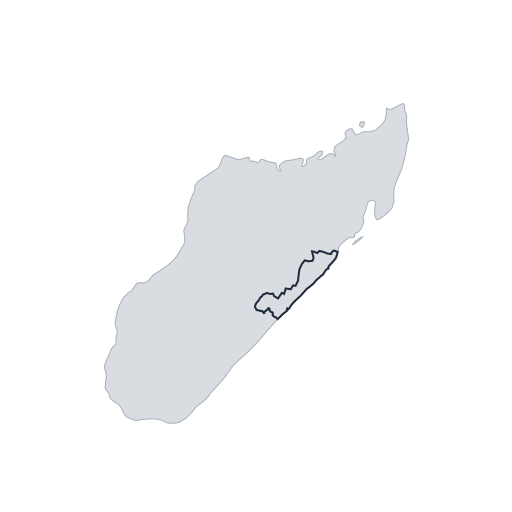 location of Atsinanana within Madagascar, rotated 26°
{"feature_id": "MDG-5868", "entity_name": "Atsinanana", "entity_type": "Autonomous Province", "adm_level": 1, "iso_a3": "MDG", "parent_name": "Madagascar", "parent_adm1": "", "projection": "albers", "projection_center": [48.339, -18.983], "detail": "fine", "context": "in_parent", "style": "outline", "palette": "slate", "viewbox_px": 512, "rotation_deg": 26, "n_neighbors": 0, "source": "natural_earth", "source_scale": "10m", "svg_char_len": 5615}
<svg xmlns="http://www.w3.org/2000/svg" viewBox="0 0 512 512"><g transform="rotate(26 256 256)"><path d="M330.6,65.2L331.9,68.3L333.4,71.3L338.3,78.6L340.3,81.4L342.1,84.3L342.9,90.2L345.9,99.4L348.7,113.2L349.5,127.3L350.3,133.8L352.5,139.9L356.1,146.3L357.2,153.3L354.9,160.6L351.5,167.4L350.7,168.6L349.1,170.4L348.4,170.3L345.9,168.5L343.8,165.6L341.1,158.8L340.2,155.3L339.0,154.7L335.9,155.0L333.6,157.1L333.1,158.5L333.6,162.3L334.4,165.8L334.8,169.3L334.8,173.7L335.7,175.0L336.9,176.2L338.2,179.1L338.4,186.0L337.5,189.4L335.3,192.4L335.4,194.0L336.2,195.7L335.4,196.8L332.5,198.0L331.3,199.2L329.7,202.2L327.1,208.4L326.7,211.5L328.2,221.2L327.7,228.0L324.4,241.1L322.5,247.3L319.8,254.7L315.7,264.4L311.7,276.7L308.3,289.3L305.7,296.9L302.9,304.3L299.0,317.5L295.7,330.9L290.9,345.7L284.2,362.1L283.5,364.2L282.1,372.6L280.7,379.9L278.9,387.1L275.2,399.0L274.8,402.7L274.0,406.2L270.5,413.7L269.0,416.5L267.9,419.4L267.3,423.1L266.3,426.8L263.7,433.4L259.9,439.1L257.3,441.2L251.6,444.3L248.7,444.9L242.3,445.0L236.2,446.8L229.7,450.2L223.6,454.0L221.2,455.9L218.6,456.9L210.4,457.3L208.0,456.5L199.7,450.5L196.5,449.5L190.4,448.8L188.6,448.3L186.9,447.5L184.4,444.4L179.5,441.7L178.3,440.9L177.5,439.0L177.0,437.0L175.7,434.8L174.6,430.5L173.0,427.5L168.3,422.2L167.8,420.5L167.3,414.8L167.3,411.0L166.7,403.9L167.1,400.6L168.6,397.6L167.9,394.3L166.1,391.0L165.4,387.5L164.1,384.3L159.2,378.7L158.0,375.8L157.2,372.9L155.1,363.8L154.8,360.6L154.9,353.8L155.4,350.3L156.5,347.9L156.8,346.0L157.5,344.5L158.6,343.2L159.3,341.7L160.8,333.0L163.0,331.0L166.3,329.8L169.0,327.5L170.4,324.4L171.8,318.0L175.9,311.7L177.4,308.4L180.7,303.3L183.5,296.3L184.4,292.9L185.0,289.6L185.6,282.1L186.1,278.4L185.9,274.8L184.0,271.1L179.7,264.4L179.6,263.1L179.8,258.1L179.3,254.4L177.7,250.8L175.7,247.4L173.5,241.0L172.3,230.5L172.4,226.6L171.8,223.2L170.3,220.0L171.2,214.3L183.3,193.5L183.7,191.0L183.0,184.8L183.2,181.1L183.6,179.8L184.6,179.0L186.7,178.5L197.0,177.4L198.3,176.8L200.8,175.0L204.2,171.6L205.8,170.6L207.2,170.9L208.1,172.3L209.3,173.1L213.4,171.5L215.0,171.4L216.6,171.7L217.4,170.2L217.8,168.4L218.4,167.0L219.5,166.3L224.8,165.8L228.2,165.2L232.6,163.8L233.6,164.1L237.2,168.8L238.3,169.1L239.6,169.3L240.8,168.5L237.9,166.0L237.5,164.6L237.6,163.1L239.1,159.7L241.7,157.0L247.4,153.1L253.3,148.5L255.1,148.1L256.5,148.8L257.7,154.2L257.6,155.1L258.5,155.2L259.6,154.5L260.6,152.4L260.7,150.6L259.8,148.8L259.4,147.4L259.4,146.1L262.4,142.9L264.8,139.8L265.9,136.2L266.8,134.6L269.3,132.7L270.1,133.0L270.7,134.5L271.0,136.1L270.4,137.7L269.5,139.3L269.1,141.4L270.5,141.8L271.9,141.3L273.8,137.5L276.0,133.8L277.3,132.0L279.0,130.7L281.8,130.9L284.5,131.7L280.1,127.9L279.0,122.7L284.2,113.7L284.3,111.8L285.0,111.2L285.4,110.5L282.7,107.5L282.1,106.0L282.5,103.7L283.8,101.7L285.0,100.2L286.7,99.7L288.0,100.5L291.0,103.0L292.9,103.3L295.3,100.9L297.3,97.9L300.3,95.9L303.6,94.6L308.7,89.9L312.1,80.1L312.4,77.2L311.6,73.7L310.5,70.4L308.5,66.3L309.0,65.4L311.8,65.9L312.8,65.3L315.8,61.7L320.9,54.7L322.6,54.7L324.0,56.0L324.5,58.0L325.5,59.4L328.9,62.7L330.6,65.2ZM295.5,92.8L295.5,93.9L291.7,93.4L291.1,89.7L293.0,89.6L293.4,88.0L294.5,87.9L295.7,91.2L295.5,92.8ZM341.0,198.4L337.8,203.9L338.7,199.3L342.5,192.7L343.6,192.2L341.0,198.4Z" fill="#d9dde1" stroke="#a8b0b8" stroke-width="1"/><path d="M327.7,216.5L328.5,221.0L328.7,222.9L328.3,225.0L327.3,228.5L325.9,233.0L325.9,233.6L325.9,234.1L326.0,234.5L326.4,235.1L326.6,235.3L326.6,235.6L326.5,235.8L326.2,235.9L325.9,236.1L325.0,237.8L324.3,243.7L324.1,244.1L323.5,244.7L323.3,245.1L322.6,247.1L321.0,250.6L319.5,256.2L317.2,261.2L316.2,262.8L313.6,272.1L310.0,281.3L309.0,286.0L309.0,286.7L309.0,287.8L308.1,290.5L307.9,290.1L307.6,289.6L307.2,289.3L306.9,289.6L307.0,290.0L307.7,290.9L307.9,291.4L307.8,291.8L305.5,296.6L303.9,301.0L303.1,303.2L302.9,303.1L300.6,302.4L298.6,302.5L297.2,302.1L296.8,301.8L296.7,301.6L296.6,301.4L296.6,301.2L296.6,300.8L296.6,300.6L296.5,300.3L296.4,300.2L295.8,299.7L295.6,299.6L295.3,299.4L295.0,299.5L294.1,299.7L293.9,299.7L293.7,299.7L293.4,299.6L293.1,299.5L292.5,299.1L292.0,298.8L291.9,298.7L291.3,297.6L291.2,297.5L291.1,297.4L290.8,297.3L290.5,297.3L290.3,297.3L290.2,297.4L290.1,297.5L289.9,297.7L289.8,297.8L289.8,298.0L290.0,298.4L290.1,298.5L289.9,298.8L289.8,299.0L289.7,299.1L289.7,299.4L289.6,299.6L289.3,299.9L289.2,300.0L289.2,300.4L289.1,300.5L288.2,302.1L288.1,302.4L288.1,302.6L288.1,302.8L288.3,303.4L288.4,303.5L288.2,303.7L288.1,303.8L287.9,303.9L287.7,303.9L287.2,303.6L286.6,303.1L286.1,302.8L285.7,302.8L285.4,302.8L285.1,302.9L284.9,302.9L284.5,303.2L284.2,303.5L283.9,303.6L283.6,303.6L283.4,303.6L283.0,303.5L282.7,303.5L282.3,303.5L282.2,303.6L281.5,304.0L281.4,304.0L281.2,304.1L280.5,304.1L280.1,304.2L279.8,304.1L279.6,304.0L279.5,303.9L279.4,303.8L279.3,303.6L279.2,303.5L279.1,303.4L278.9,303.3L278.7,303.2L278.4,302.9L278.2,302.7L277.7,302.5L277.6,302.4L277.4,301.9L277.3,301.7L277.2,301.6L277.0,301.3L276.9,298.8L277.0,298.0L277.5,296.1L277.7,295.3L277.9,295.0L278.0,294.4L278.0,292.9L278.1,291.5L278.2,291.0L279.0,289.6L279.1,289.3L279.1,289.0L279.1,288.0L279.2,287.8L279.2,287.6L279.4,287.3L279.5,287.2L280.2,286.7L280.6,286.3L280.8,286.1L281.6,284.6L285.6,283.8L287.7,282.3L289.8,284.1L294.4,284.5L295.4,277.8L297.9,277.8L296.9,272.2L301.8,270.7L302.2,266.2L304.6,265.5L304.6,259.8L302.2,253.1L300.8,248.6L300.8,242.6L301.8,238.5L305.4,237.8L308.9,235.5L308.6,232.5L306.1,229.5L304.3,227.3L306.1,226.6L309.7,226.6L310.8,223.6L314.7,222.8L319.0,222.5L322.5,221.4L322.5,219.1L323.6,216.9L327.7,216.5Z" fill="none" stroke="#1e293b" stroke-width="2"/></g></svg>